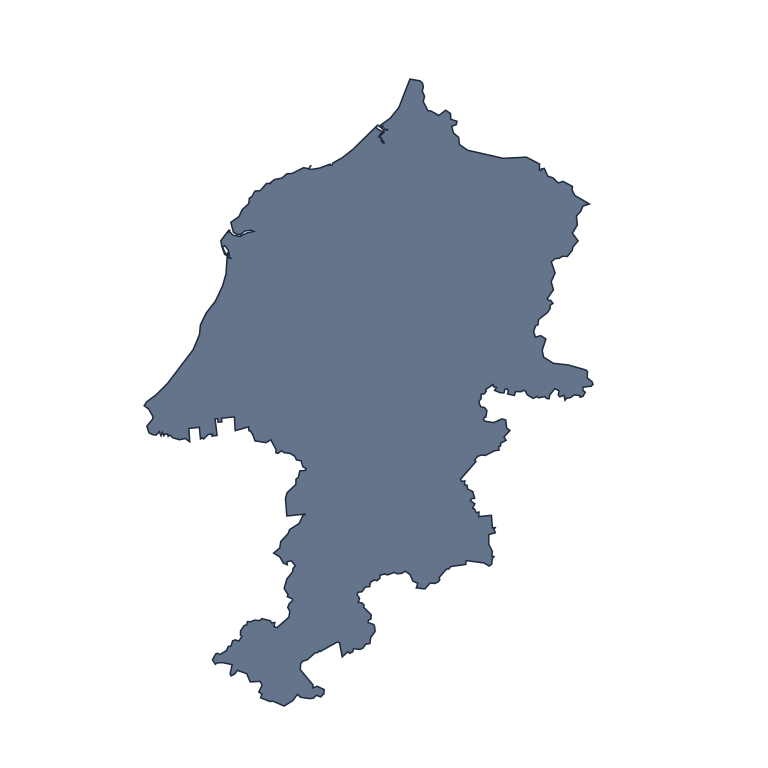 Bundaberg, Queensland, Australia (Robinson projection), rotated 257°
{"feature_id": "25037944B53664742087650", "entity_name": "Bundaberg", "entity_type": "district", "adm_level": 2, "iso_a3": "AUS", "parent_name": "Australia", "parent_adm1": "Queensland", "projection": "robinson", "projection_center": [152.268, -24.973], "detail": "fine", "context": "isolated", "style": "filled", "palette": "slate", "viewbox_px": 768, "rotation_deg": 257, "n_neighbors": 0, "source": "geoboundaries", "source_scale": "gbopen_adm2", "svg_char_len": 6139}
<svg xmlns="http://www.w3.org/2000/svg" viewBox="0 0 768 768"><g transform="rotate(257 384 384)"><path d="M636.9,505.7L633.4,497.9L639.6,490.9L640.3,488.3L650.4,485.8L655.2,488.2L660.8,487.2L664.6,489.2L668.4,489.2L671.2,487.5L675.3,477.9L650.1,460.7L641.6,449.9L636.2,437.0L634.7,438.8L635.3,439.7L634.9,440.6L635.3,440.4L635.5,440.5L635.8,440.6L635.8,440.8L635.4,440.8L635.4,440.5L635.0,440.7L634.8,440.5L634.5,438.9L632.3,440.0L631.9,443.1L630.8,443.6L631.3,444.3L631.1,444.7L630.7,444.6L630.5,445.3L630.8,443.4L631.9,442.9L631.6,440.8L629.3,440.6L625.8,434.7L624.6,436.5L622.2,437.1L621.0,436.2L621.4,436.6L621.4,437.2L620.7,438.0L620.3,438.0L619.8,437.3L619.2,437.3L619.3,438.2L618.7,438.9L619.1,437.2L619.8,437.3L620.6,438.0L621.3,437.2L620.9,436.3L621.2,436.1L624.3,436.5L625.9,434.4L628.7,437.1L629.5,440.2L634.3,434.6L636.6,434.4L638.2,436.9L619.8,406.8L613.9,394.3L610.8,383.7L609.1,382.8L609.3,380.1L610.3,380.6L608.9,370.0L609.4,361.7L612.9,354.3L609.8,341.7L610.7,336.7L607.6,330.7L607.9,323.4L605.6,318.5L604.1,318.5L605.1,318.3L605.8,314.5L600.3,307.0L601.0,301.7L596.3,297.4L595.4,294.6L590.3,292.9L585.7,284.9L579.8,280.4L576.0,271.1L565.8,271.4L563.0,274.1L561.9,277.9L564.4,282.9L563.7,289.3L561.9,291.5L562.0,284.4L560.2,276.7L562.9,270.3L567.9,267.5L566.3,265.9L568.1,267.0L568.3,268.8L568.8,267.4L560.4,257.3L554.8,256.9L546.2,257.9L544.9,259.3L553.5,257.5L554.5,260.1L549.2,262.3L544.8,262.4L542.5,261.5L540.3,263.7L542.3,260.8L544.6,262.0L546.7,260.8L526.8,254.8L516.1,248.9L502.5,238.2L493.2,226.7L482.9,218.4L473.8,215.4L460.4,205.8L433.2,173.1L424.7,159.5L420.1,148.9L416.8,145.4L412.4,149.1L404.0,151.6L401.9,150.7L396.2,143.4L389.1,144.1L386.5,147.5L385.5,150.5L388.1,154.3L383.6,155.1L386.7,157.3L383.1,157.9L384.3,159.1L383.9,161.8L381.5,161.9L382.5,164.0L379.3,165.8L375.7,172.1L375.6,178.1L371.4,181.7L384.6,183.9L383.3,194.3L371.7,192.8L372.3,195.2L371.0,195.9L374.3,201.3L373.8,205.6L372.0,204.6L371.4,209.8L388.0,211.6L387.7,214.2L384.1,213.7L383.6,217.5L387.2,218.0L385.6,230.8L372.0,228.5L372.7,242.3L368.8,241.9L368.5,243.2L363.8,244.8L357.6,245.5L353.4,255.8L355.1,261.1L344.2,264.1L341.3,263.2L340.3,265.0L341.9,269.0L339.4,271.5L337.5,276.9L333.6,280.8L329.7,281.6L327.8,286.0L321.8,286.2L318.9,289.1L317.5,288.1L318.3,282.4L312.3,279.5L311.0,276.8L306.0,275.5L299.9,265.1L294.5,262.2L277.3,259.6L274.9,278.5L274.0,275.3L267.2,269.9L263.4,259.3L259.8,256.8L253.8,248.0L247.8,245.6L244.1,238.4L238.8,243.7L232.2,245.5L229.6,249.1L232.6,249.3L232.7,253.7L226.9,256.8L224.9,254.0L221.3,252.4L215.8,245.4L207.2,240.7L200.3,243.1L198.5,241.9L195.4,246.2L193.6,246.3L191.6,242.5L187.9,239.9L183.8,241.1L178.2,238.9L170.7,225.0L172.4,222.2L176.2,224.0L176.6,220.5L178.8,220.1L182.9,212.3L181.4,209.8L183.1,204.5L182.3,201.0L183.2,197.5L180.1,195.9L180.3,193.7L175.8,188.7L171.8,187.7L170.2,188.7L166.3,185.0L168.2,181.2L167.8,178.7L163.1,176.0L163.3,173.2L159.7,170.5L157.3,163.3L159.1,161.1L158.8,159.3L153.9,154.8L148.8,156.6L149.8,158.6L148.8,164.1L144.7,172.9L136.4,168.9L134.0,169.2L135.0,173.2L137.9,176.7L132.7,185.0L123.8,186.6L122.1,196.4L118.0,197.4L112.0,192.7L109.4,195.3L106.0,193.2L100.2,201.6L100.0,204.4L92.7,214.2L96.0,223.9L101.0,229.7L97.5,232.2L94.1,240.9L93.8,244.7L95.9,248.2L93.3,251.8L95.7,255.8L99.7,257.0L104.5,250.9L103.9,246.4L106.6,247.2L124.4,238.2L130.2,239.9L132.1,242.2L132.5,247.1L137.4,256.1L137.3,259.4L138.6,261.1L137.7,261.8L143.1,280.4L142.1,282.4L127.5,281.9L131.3,288.6L129.3,289.8L130.0,293.1L132.9,294.9L130.8,300.9L131.3,303.9L134.5,307.6L134.3,311.9L139.8,313.9L144.9,319.7L150.0,320.3L152.0,319.9L155.1,314.9L157.3,315.6L157.9,318.4L162.1,319.6L171.1,313.9L173.1,314.9L175.6,313.4L177.0,309.8L180.6,312.0L184.8,310.4L186.9,312.0L186.5,315.7L190.3,320.2L189.8,324.5L193.7,326.1L195.2,330.3L193.9,333.1L195.6,336.2L198.6,337.1L198.7,342.1L197.2,344.3L198.1,351.8L196.1,354.2L195.5,358.8L196.9,362.4L192.5,366.5L185.5,367.7L182.2,372.1L178.1,369.6L175.1,377.7L179.7,384.2L178.2,388.5L178.9,392.2L180.4,394.1L183.3,394.5L189.6,403.3L189.2,405.7L191.1,407.8L189.8,423.1L193.5,424.3L187.1,441.2L182.9,445.5L184.3,448.5L189.3,450.1L191.1,452.3L192.2,450.3L196.4,452.0L204.3,450.0L213.7,452.3L214.0,459.0L217.5,458.5L219.1,460.0L219.4,457.3L231.9,459.1L233.5,446.4L237.8,447.8L238.0,444.8L241.7,444.2L243.1,442.3L246.8,445.6L250.9,441.9L252.5,443.7L252.2,446.6L259.2,446.3L263.0,441.7L266.6,442.3L267.7,439.7L271.4,441.0L271.6,437.8L273.9,437.0L287.7,456.1L289.7,455.4L292.3,458.8L292.9,462.8L291.6,466.8L294.1,476.8L293.7,481.2L297.2,481.8L297.3,483.5L300.1,484.6L301.6,490.3L305.4,489.0L310.4,496.3L313.5,493.6L321.6,494.6L323.5,491.0L321.7,482.2L325.1,474.0L326.8,473.0L329.0,474.2L328.8,475.8L334.9,478.3L338.3,476.8L340.1,473.2L342.7,472.6L345.7,472.5L347.7,475.2L352.3,476.5L351.7,479.1L353.9,482.0L355.7,481.8L359.0,490.2L356.8,490.0L355.3,492.8L352.9,490.3L349.5,495.0L348.3,498.9L351.4,500.4L351.9,502.5L349.7,503.7L346.4,502.2L343.5,508.5L347.0,510.5L345.6,516.0L346.5,518.3L345.0,520.2L341.3,521.1L336.4,526.1L337.4,530.4L335.8,531.4L335.5,537.8L333.2,539.3L332.5,541.6L336.1,543.1L341.0,549.4L338.0,553.1L334.1,551.3L331.9,552.4L332.6,556.8L327.4,556.7L329.0,558.5L328.8,562.7L330.6,566.8L328.8,572.0L326.9,572.1L327.3,575.2L330.7,578.3L333.1,576.3L336.1,577.4L335.2,585.4L336.6,587.6L339.5,587.2L344.4,583.3L350.2,585.1L352.1,584.1L361.0,568.0L366.2,553.5L374.3,545.6L381.1,545.7L391.5,551.9L395.9,547.5L395.6,542.1L401.5,541.6L406.5,544.8L407.1,547.4L412.1,549.2L416.9,559.6L420.6,563.2L423.2,563.3L424.6,566.8L428.1,565.2L428.4,563.3L430.3,562.2L437.7,570.3L446.0,569.9L453.7,575.7L465.4,574.5L467.6,578.7L467.1,582.8L468.3,587.1L467.0,591.3L471.8,597.4L475.1,599.0L479.8,605.3L488.5,601.5L495.5,608.2L504.5,609.3L508.0,614.6L512.6,617.9L513.2,624.6L524.7,612.4L530.7,610.9L534.1,612.1L541.2,604.0L540.7,599.0L546.8,595.1L549.7,590.3L558.0,588.7L558.2,585.7L556.8,584.9L557.7,583.5L563.3,585.1L573.0,573.8L577.1,550.8L593.0,518.0L600.4,511.4L607.5,512.2L613.0,508.1L619.8,508.0L620.5,512.8L623.5,514.3L626.9,508.7L632.6,509.6L636.9,505.7ZM612.8,361.1L611.3,359.6L613.4,362.4L612.8,361.1Z" fill="#64748b" stroke="#1e293b" stroke-width="1.5"/></g></svg>